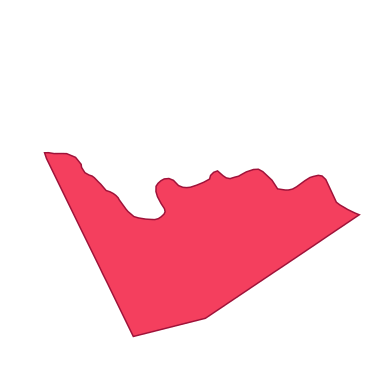 Magalhães de Almeida, Maranhão, Brazil (Equal Earth projection), rotated 237°
{"feature_id": "56859067B91112752221469", "entity_name": "Magalhães de Almeida", "entity_type": "district", "adm_level": 2, "iso_a3": "BRA", "parent_name": "Brazil", "parent_adm1": "Maranhão", "projection": "equal_earth", "projection_center": [-42.134, -3.322], "detail": "fine", "context": "isolated", "style": "filled", "palette": "rose", "viewbox_px": 384, "rotation_deg": 237, "n_neighbors": 0, "source": "geoboundaries", "source_scale": "gbopen_adm2", "svg_char_len": 1312}
<svg xmlns="http://www.w3.org/2000/svg" viewBox="0 0 384 384"><g transform="rotate(237 192 192)"><path d="M102.8,64.1L78.8,134.5L78.9,141.0L80.1,217.2L80.2,227.6L81.0,274.2L81.2,282.6L81.8,319.9L85.5,317.3L92.4,313.1L100.6,309.0L104.8,307.5L129.6,311.0L134.6,309.8L137.2,307.0L139.0,302.1L139.9,298.8L140.0,292.9L139.4,282.6L139.7,277.9L141.1,274.1L142.7,271.5L148.0,265.5L158.3,265.5L170.5,262.5L174.9,260.1L177.4,255.8L179.3,248.5L179.7,243.1L179.9,239.6L181.1,236.1L182.5,231.2L185.2,228.4L188.7,226.9L195.8,224.9L196.7,220.9L195.8,216.6L193.3,213.8L193.8,207.1L195.2,199.6L196.9,193.2L198.6,189.9L200.9,186.9L204.7,184.2L211.9,182.8L215.9,180.0L218.1,175.8L218.4,172.2L217.8,168.3L216.4,165.0L212.0,162.0L206.9,160.5L199.2,159.8L193.0,159.8L190.1,158.7L188.7,156.5L188.0,152.6L188.0,149.2L189.1,145.8L190.8,143.4L194.4,138.5L199.4,133.0L203.0,129.9L210.4,127.7L213.5,127.3L221.0,126.9L225.1,126.7L227.4,126.9L230.5,126.3L233.5,125.2L236.9,123.3L240.0,120.8L248.3,119.7L251.3,119.0L257.1,117.9L259.8,116.9L262.3,114.9L266.5,112.7L269.0,112.7L272.8,112.8L275.6,114.1L284.5,113.2L292.4,107.8L295.1,103.9L299.3,97.3L303.1,93.1L305.2,89.7L299.3,88.2L221.2,78.6L211.1,77.4L178.0,73.4L172.2,72.6L161.5,71.4L157.6,70.9L144.0,69.2L140.0,68.7L102.8,64.1Z" fill="#f43f5e" stroke="#9f1239" stroke-width="1.5"/></g></svg>